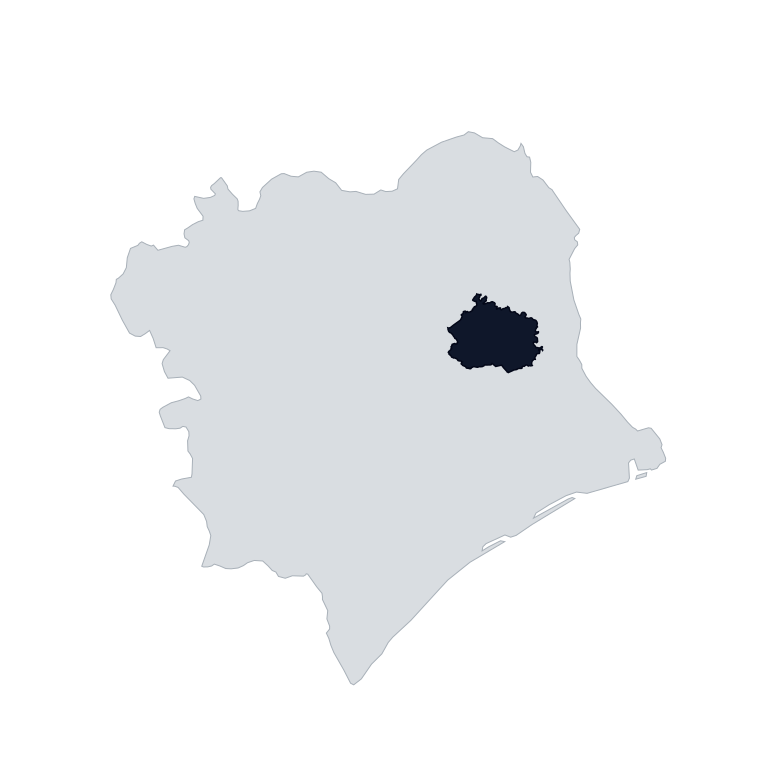 location of Iffou, N'zi-Comoé, Ivory Coast, rotated 334°
{"feature_id": "98640826B12556457947993", "entity_name": "Iffou", "entity_type": "district", "adm_level": 2, "iso_a3": "CIV", "parent_name": "Ivory Coast", "parent_adm1": "N'zi-Comoé", "projection": "mercator", "projection_center": [-4.013, 7.499], "detail": "fine", "context": "in_parent", "style": "filled", "palette": "ink", "viewbox_px": 768, "rotation_deg": 334, "n_neighbors": 0, "source": "geoboundaries", "source_scale": "gbopen_adm2", "svg_char_len": 9642}
<svg xmlns="http://www.w3.org/2000/svg" viewBox="0 0 768 768"><g transform="rotate(334 384 384)"><path d="M189.3,172.6L191.6,172.5L197.8,170.7L203.4,166.5L208.6,158.0L215.6,151.0L223.5,151.5L225.9,150.3L228.6,150.0L232.0,154.6L235.3,158.0L237.7,158.1L239.4,164.7L253.9,167.4L260.1,169.2L265.3,174.0L267.1,174.1L269.3,173.1L271.0,171.4L271.3,169.6L269.1,165.3L270.1,161.4L272.4,158.0L276.1,157.7L281.8,156.8L288.2,156.7L293.0,157.4L294.9,153.9L293.1,144.2L293.5,138.8L294.3,134.3L296.1,132.4L303.3,138.1L309.8,140.2L314.5,140.3L315.8,139.2L313.8,133.0L314.4,131.2L316.1,130.1L319.2,129.5L327.5,126.9L328.4,127.4L330.0,137.2L329.2,140.4L331.0,147.1L333.2,153.2L333.0,155.7L331.2,159.6L329.1,163.1L329.3,164.5L332.7,166.9L339.0,169.4L345.6,169.9L349.3,166.3L353.1,163.4L355.8,160.8L356.7,156.9L360.9,154.1L372.8,150.6L383.8,150.0L386.5,151.1L391.5,156.5L397.8,160.3L407.4,159.8L414.3,162.0L420.4,166.1L424.4,175.3L428.8,182.0L430.8,191.4L437.7,196.4L443.2,198.6L450.6,205.5L458.3,209.0L466.2,208.2L469.9,211.8L475.8,214.3L481.7,214.5L486.9,206.6L493.8,203.5L511.2,197.1L518.1,194.3L525.0,192.5L541.8,191.9L557.4,193.8L565.1,195.3L570.4,194.2L575.4,198.0L580.6,205.9L584.8,208.4L589.2,211.1L592.4,217.3L596.2,223.5L598.2,226.2L602.9,232.3L606.9,232.4L610.8,229.8L612.6,227.8L613.3,231.8L611.8,238.4L612.1,242.4L614.3,243.9L613.1,249.1L608.5,257.9L608.5,263.2L613.0,264.8L616.3,270.3L618.2,279.8L620.2,283.0L620.4,284.9L623.7,307.8L627.7,330.8L625.1,333.8L621.6,334.7L619.3,335.7L618.6,337.9L620.1,341.0L619.1,343.9L614.7,345.9L605.0,353.1L604.4,356.0L601.8,362.3L599.7,366.0L596.5,373.1L591.5,391.7L589.6,407.0L589.4,411.8L587.4,415.1L585.2,419.9L574.7,433.0L569.4,443.8L570.1,448.5L570.3,453.2L568.7,456.6L569.0,465.7L570.3,473.3L572.2,480.7L579.8,501.9L583.7,514.7L586.2,525.0L588.4,531.9L590.4,534.8L591.3,537.4L602.5,539.3L604.7,540.9L607.8,554.3L607.3,560.4L605.1,562.7L605.1,567.9L604.6,574.2L603.0,576.8L596.7,577.1L592.4,579.5L586.7,578.6L586.2,577.0L583.1,576.4L574.7,572.8L576.1,561.1L572.3,560.6L569.2,562.1L563.3,576.2L560.4,578.6L518.6,571.3L509.6,565.5L498.7,564.2L479.7,564.9L464.1,566.6L459.6,570.1L499.1,568.1L503.3,568.5L505.3,570.6L455.4,575.2L436.4,578.0L430.7,577.2L426.5,572.7L405.8,572.2L401.5,573.6L399.0,577.0L407.1,576.2L420.0,576.0L423.4,578.6L383.2,581.9L355.3,588.2L343.5,592.8L304.6,608.2L280.8,615.4L274.6,618.1L263.8,625.6L250.0,630.3L234.4,639.1L224.9,641.1L222.8,638.3L222.5,623.4L221.2,603.4L221.7,595.7L222.9,588.5L223.0,582.6L227.7,580.4L229.0,577.8L229.7,570.1L234.1,563.0L234.2,550.7L235.5,548.1L236.5,544.9L234.6,536.8L232.1,521.5L230.9,520.5L229.9,521.2L227.4,521.4L217.6,516.2L210.1,515.3L204.8,510.7L204.4,505.6L201.8,502.6L200.1,496.7L197.4,489.9L190.0,485.7L183.0,484.8L178.0,485.6L172.2,485.4L165.6,483.1L160.9,480.5L156.6,475.5L152.5,471.5L149.3,472.0L145.4,471.1L141.5,469.3L140.3,467.9L156.4,452.0L161.9,444.3L162.5,439.5L162.6,434.7L164.3,429.8L164.8,422.3L155.8,395.1L153.6,386.7L151.2,384.2L149.6,383.3L154.1,379.8L160.4,380.7L170.0,383.4L172.0,380.7L179.3,367.0L179.1,361.8L178.4,358.3L182.6,348.9L186.0,345.2L187.7,341.3L187.2,335.9L184.6,333.9L181.3,334.3L177.3,333.0L171.2,329.9L168.0,327.2L169.0,314.7L169.6,310.8L171.7,308.6L175.1,308.0L184.6,307.6L192.3,309.1L199.0,309.9L202.6,309.9L205.5,313.6L209.4,317.3L212.8,317.3L214.0,314.5L213.2,302.2L210.9,295.7L205.8,289.4L192.4,284.1L192.1,276.6L193.5,268.4L196.3,265.4L206.3,260.3L204.5,257.5L201.4,254.5L195.1,251.5L196.5,241.8L196.8,233.1L191.5,234.1L186.0,234.6L181.4,231.9L177.6,226.7L176.8,212.1L176.9,195.4L176.1,187.9L177.6,184.0L182.3,180.3L187.4,175.6L189.3,172.6ZM581.3,578.8L579.1,581.9L568.5,579.9L571.1,577.2L581.3,578.8Z" fill="#d9dde1" stroke="#a8b0b8" stroke-width="1"/><path d="M456.6,389.5L456.9,389.8L457.7,390.4L457.7,390.9L457.9,391.0L458.2,391.3L459.0,391.5L459.6,392.4L460.3,393.0L460.6,393.9L460.8,395.3L461.0,395.7L461.3,395.8L461.6,395.9L462.2,396.6L462.9,396.8L463.3,397.3L463.5,398.0L464.0,398.6L463.7,398.7L463.2,399.0L462.8,399.0L462.4,399.4L462.2,399.8L462.4,400.3L462.7,400.9L462.9,401.8L463.3,402.3L464.6,403.7L465.1,405.0L465.0,405.5L465.4,406.1L465.8,406.4L466.8,406.6L466.9,407.1L467.4,407.3L467.6,407.3L467.7,407.8L468.5,408.2L468.9,408.2L469.2,408.0L469.5,407.9L469.8,407.5L470.0,407.7L471.2,407.7L471.8,407.6L472.7,407.9L473.2,408.4L475.3,409.9L476.3,410.1L477.0,410.2L477.3,410.3L477.8,410.3L478.4,410.9L480.2,411.5L480.4,411.5L481.0,411.4L481.7,411.5L482.2,411.1L482.7,411.0L487.6,413.3L488.0,413.5L488.3,413.5L488.7,413.6L488.9,413.6L489.5,413.1L490.1,412.8L492.1,417.2L498.0,418.6L498.2,419.0L498.1,419.6L498.4,420.4L498.4,421.2L499.8,426.0L500.0,426.6L500.0,427.3L500.5,427.5L500.7,428.2L506.0,428.4L506.3,428.2L506.7,428.2L507.3,428.5L508.1,428.7L509.0,429.0L509.8,429.2L510.2,429.1L510.4,428.9L510.6,428.8L511.2,428.9L512.0,429.3L512.5,429.3L513.0,429.4L513.7,430.0L514.7,430.3L515.2,430.0L515.4,429.3L516.7,428.9L517.0,429.0L517.5,429.5L517.9,429.6L518.5,429.5L518.8,429.3L519.9,429.2L520.4,429.4L521.0,429.8L521.4,430.9L521.7,431.2L522.9,431.2L523.6,431.9L524.0,432.1L524.7,432.2L525.0,432.4L525.4,432.4L525.3,431.3L525.7,430.3L526.5,429.0L527.5,428.2L529.5,427.6L530.0,427.7L530.8,428.1L530.9,427.7L530.7,426.7L530.9,426.5L533.1,425.1L534.0,424.2L534.4,424.0L535.2,424.0L536.3,424.3L536.8,424.6L537.2,424.5L537.7,424.0L538.1,423.1L538.5,422.8L538.3,422.2L537.8,421.8L537.8,421.6L537.8,421.4L538.1,421.0L538.2,420.9L538.5,421.0L539.1,421.5L539.8,421.8L540.4,421.9L540.8,422.1L541.3,422.8L541.3,423.3L541.6,423.1L541.2,421.8L541.2,421.7L542.0,420.6L542.6,420.2L542.6,419.9L542.3,419.6L541.5,419.7L541.3,419.7L541.2,420.1L540.9,420.2L540.3,420.0L540.0,419.8L539.5,419.8L539.1,419.6L537.7,418.4L537.2,418.3L536.8,417.9L536.6,417.9L536.6,416.6L535.9,414.3L536.1,412.7L536.3,412.3L536.5,412.1L537.1,412.0L537.8,412.5L538.4,412.6L538.8,412.7L539.0,412.9L539.0,413.6L539.3,413.8L540.4,413.4L540.8,413.0L541.3,411.4L541.6,411.0L541.9,409.9L541.5,408.7L540.8,408.1L540.6,407.7L540.5,406.9L540.6,406.0L540.9,405.6L541.7,405.5L542.7,405.8L544.2,405.9L545.0,405.7L545.5,405.2L545.7,404.9L545.7,404.7L544.9,404.6L544.3,404.2L543.6,403.9L543.4,403.8L543.2,403.1L543.2,402.8L544.2,401.5L545.3,400.4L545.5,400.6L546.1,400.1L546.3,400.0L546.7,400.0L546.7,399.8L547.0,399.8L547.1,399.3L546.9,398.7L547.7,397.5L548.1,397.2L548.3,396.9L548.6,395.4L548.6,394.9L548.4,393.5L547.6,392.5L546.8,392.0L546.3,391.4L546.1,390.8L546.1,390.5L546.0,390.0L545.5,389.2L545.0,388.9L543.7,388.7L542.5,388.3L542.1,388.0L541.5,387.3L541.0,387.1L540.8,387.2L540.1,386.4L540.1,386.0L540.3,385.3L540.8,385.2L541.5,384.7L542.0,384.2L542.3,383.7L541.9,382.7L541.9,381.9L541.6,381.3L540.2,380.4L539.4,380.4L539.0,380.5L538.4,380.8L537.5,381.7L537.3,381.8L536.5,382.0L536.1,381.9L535.3,381.1L535.2,380.4L534.9,379.7L533.6,378.0L533.5,377.7L533.6,377.1L533.5,376.7L532.8,376.2L532.4,376.0L531.9,376.1L531.5,376.1L531.0,375.7L530.1,375.3L530.0,375.0L529.6,374.8L529.4,373.9L529.3,372.6L529.6,371.7L529.6,371.3L529.5,371.0L529.9,370.3L529.4,369.1L529.2,368.9L529.0,368.6L528.6,369.2L528.2,369.3L527.7,369.3L527.2,368.8L526.1,368.9L525.6,369.1L524.2,368.5L523.6,368.5L522.8,368.8L522.3,368.8L521.9,368.7L521.5,368.0L521.5,367.7L521.8,367.4L522.0,367.0L522.0,366.7L521.9,366.6L520.8,366.1L520.3,366.0L519.8,366.0L518.8,366.3L518.5,366.3L518.1,366.2L518.1,365.7L518.5,365.4L518.9,364.8L519.2,364.7L519.3,364.3L519.6,364.0L519.4,363.7L518.2,363.0L517.9,362.6L518.2,361.5L518.8,360.9L519.1,360.3L518.9,359.3L518.3,358.7L517.8,357.9L517.5,357.6L516.7,357.3L515.6,357.3L515.3,357.5L514.7,357.4L513.5,356.9L512.9,356.4L510.7,356.4L509.8,356.2L509.3,355.9L508.7,355.9L508.4,355.7L508.3,355.4L508.4,355.1L508.8,354.8L509.6,354.8L510.3,354.5L510.9,354.5L511.9,354.2L512.5,353.8L512.6,353.5L512.5,353.1L513.2,352.5L514.0,351.6L514.3,351.0L514.1,350.3L514.1,349.9L514.0,349.7L513.5,349.6L512.0,350.2L510.8,350.4L510.1,350.2L509.4,350.3L508.8,350.8L507.8,351.7L507.5,351.8L507.2,351.6L507.0,351.4L506.6,349.5L506.9,348.6L507.2,348.3L507.8,348.1L508.7,346.9L510.1,346.7L510.3,346.3L510.4,345.9L510.0,345.7L509.3,345.7L508.8,345.5L507.6,344.4L507.1,344.2L506.8,343.8L506.6,344.1L505.4,345.0L504.8,345.2L503.6,345.5L502.8,345.9L502.2,346.4L501.0,347.0L500.5,347.5L500.6,348.0L502.1,349.8L502.6,349.9L503.1,350.1L503.0,350.4L502.9,351.1L502.6,351.5L502.5,351.8L502.5,352.5L502.4,353.0L501.7,354.0L501.1,354.3L500.5,354.3L500.0,354.5L499.4,354.2L499.0,354.2L498.6,354.8L497.6,354.9L497.1,355.4L496.1,355.7L496.1,356.3L495.7,356.6L494.8,356.8L492.9,356.9L492.0,356.8L491.7,356.7L491.2,356.3L490.8,355.5L490.4,355.3L489.0,355.8L489.2,354.6L489.1,354.3L488.9,354.1L488.5,354.1L488.0,353.8L487.7,353.9L487.1,353.8L486.6,354.6L486.0,355.1L485.8,355.6L485.5,355.7L484.9,355.4L484.4,355.6L483.7,355.8L483.9,357.3L483.8,357.9L483.0,358.2L482.9,358.5L480.6,360.1L472.4,361.5L468.0,362.5L467.5,362.2L467.2,362.2L466.5,362.0L466.0,361.5L465.9,361.9L466.0,362.0L465.4,363.2L465.3,363.4L465.6,363.9L465.2,364.9L465.4,365.5L465.4,365.9L465.8,366.7L466.2,366.9L466.6,367.6L466.7,368.2L467.2,369.2L467.3,370.0L467.5,371.0L467.4,371.4L467.6,372.0L467.8,373.4L467.7,374.0L467.8,374.2L468.4,374.8L468.5,375.3L468.7,375.5L468.7,378.8L468.4,379.1L467.7,379.1L467.0,379.8L466.8,379.7L466.4,379.7L465.9,379.6L465.6,378.8L465.3,378.6L464.2,378.4L463.6,378.5L462.9,378.2L462.8,378.3L462.5,378.4L462.4,378.8L462.1,378.9L462.0,379.3L461.6,379.3L461.0,379.9L460.7,379.9L460.6,380.8L460.3,380.9L460.3,381.0L460.4,381.5L459.8,381.6L459.9,382.1L459.0,382.5L458.8,382.5L458.1,382.7L457.5,383.0L456.8,383.0L456.2,383.3L455.6,383.9L455.7,384.3L456.0,384.7L455.6,385.5L456.1,385.6L456.1,386.2L455.9,386.7L456.5,387.6L456.6,389.5Z" fill="#0f172a" stroke="#020617" stroke-width="1.5"/></g></svg>